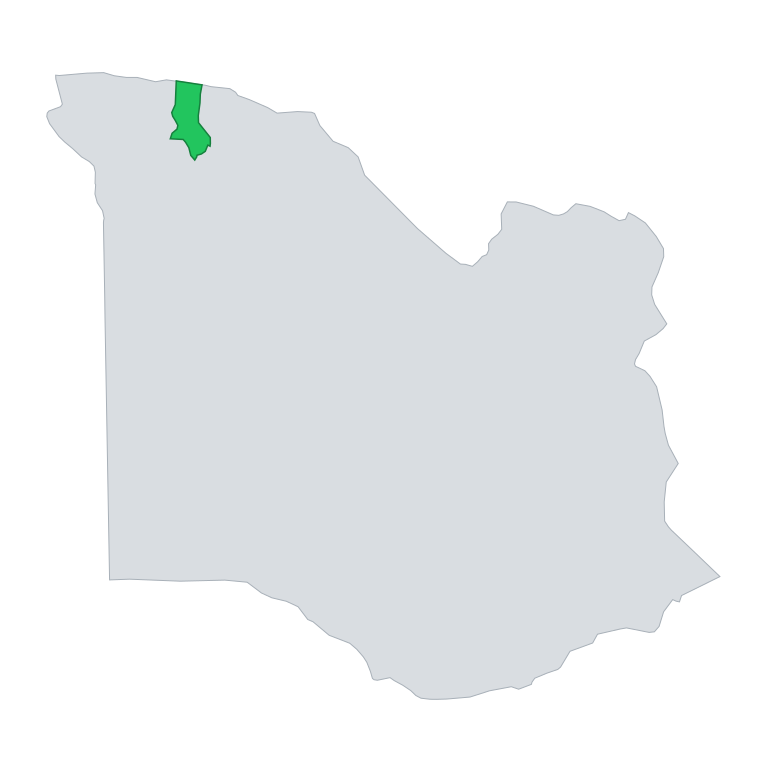 where Rubirizi sits in Uganda, rotated 89°
{"feature_id": "UGA-5621", "entity_name": "Rubirizi", "entity_type": "District", "adm_level": 1, "iso_a3": "UGA", "parent_name": "Uganda", "parent_adm1": "", "projection": "orthographic", "projection_center": [30.01, -0.246], "detail": "fine", "context": "in_parent", "style": "filled", "palette": "green", "viewbox_px": 768, "rotation_deg": 89, "n_neighbors": 0, "source": "natural_earth", "source_scale": "10m", "svg_char_len": 2742}
<svg xmlns="http://www.w3.org/2000/svg" viewBox="0 0 768 768"><g transform="rotate(89 384 384)"><path d="M575.1,661.8L562.4,661.8L541.6,661.8L520.9,661.8L500.1,661.8L479.4,661.8L458.6,661.8L437.8,661.8L417.1,661.8L396.3,661.8L375.5,661.8L354.7,661.8L334.0,661.8L313.2,661.8L292.4,661.7L271.6,661.7L250.8,661.7L230.0,661.7L217.8,661.7L215.3,661.4L213.6,660.9L205.8,662.4L197.7,667.5L189.0,669.7L179.8,668.8L178.6,669.4L173.9,669.2L167.2,668.9L161.1,670.2L156.5,674.7L151.7,682.4L143.2,691.2L136.5,699.0L130.9,704.6L117.9,713.8L110.8,716.5L107.3,716.0L105.2,714.3L101.1,702.6L98.6,700.7L73.4,706.8L69.5,706.9L69.9,703.2L68.0,675.7L67.8,658.8L71.1,648.3L73.0,636.1L73.2,625.4L77.8,607.1L76.1,596.2L82.1,557.8L83.7,551.6L86.0,533.0L89.7,527.3L93.0,525.1L97.3,513.7L105.6,495.5L111.3,486.2L110.1,465.7L111.0,451.8L112.3,448.7L124.5,443.6L140.4,430.7L147.1,415.6L156.5,405.9L174.9,399.7L229.2,347.8L254.4,319.8L265.4,305.5L265.8,300.4L267.9,293.6L263.5,288.3L258.2,283.6L256.5,279.1L251.9,276.9L245.5,277.0L241.1,273.8L236.3,267.5L231.4,263.6L216.0,263.9L204.1,257.5L204.3,248.7L208.9,231.5L217.9,211.7L218.4,206.3L217.1,201.6L214.9,197.7L210.9,193.7L207.1,189.0L210.0,174.8L215.7,160.9L220.3,153.9L224.8,146.1L223.5,139.7L216.9,136.6L220.3,130.3L227.5,119.9L241.3,109.2L253.5,102.2L261.6,102.1L277.4,107.8L291.7,114.4L299.6,114.8L309.1,112.0L328.8,100.2L333.5,104.0L339.3,111.1L345.6,123.0L358.0,128.4L364.0,132.1L368.3,133.2L370.7,132.2L375.3,122.9L381.0,117.9L391.5,111.5L414.7,106.4L431.3,104.8L438.3,103.7L450.1,100.7L468.6,91.2L486.9,103.5L506.8,105.9L526.0,105.8L531.8,102.1L535.2,99.2L555.2,78.9L582.4,51.5L600.7,90.2L607.0,92.4L606.2,95.8L604.6,99.1L616.6,108.4L631.2,113.2L636.5,118.0L637.0,123.2L632.1,145.8L633.1,152.2L637.9,174.9L646.6,179.9L654.5,202.7L670.1,212.4L672.4,215.2L676.0,226.3L680.8,238.4L684.6,241.2L686.9,241.9L691.5,254.7L688.9,262.0L692.6,283.9L698.5,303.5L700.1,326.9L700.2,337.3L700.0,343.6L698.8,352.5L696.0,357.6L691.0,362.6L685.5,370.5L680.7,379.0L677.7,383.1L680.1,395.8L679.5,399.1L678.2,400.7L671.1,402.6L662.0,406.0L656.5,409.4L648.8,415.8L642.6,422.8L634.3,443.2L620.5,459.1L618.2,464.3L605.2,473.8L599.5,485.5L595.8,499.9L590.8,510.2L579.8,524.3L577.3,546.6L577.6,591.1L574.7,641.9L575.1,661.8Z" fill="#d9dde1" stroke="#a8b0b8" stroke-width="1"/><path d="M77.3,586.4L78.2,581.6L78.5,579.5L80.5,568.0L81.2,563.9L81.7,560.7L91.0,562.6L99.8,563.1L112.4,565.0L119.5,564.9L134.5,553.4L140.5,553.4L143.2,553.8L142.6,554.9L142.1,556.0L148.2,558.6L150.8,562.5L152.0,567.0L153.7,567.3L156.8,569.3L152.1,573.2L144.3,575.0L138.8,578.2L136.0,580.5L135.1,593.4L129.6,591.5L125.5,586.5L121.8,585.6L117.2,587.9L112.6,590.6L108.9,591.5L101.0,587.8L77.3,586.4Z" fill="#22c55e" stroke="#15803d" stroke-width="1.5"/></g></svg>